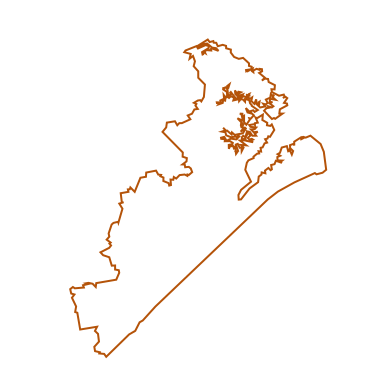 the district of Kaipara District, Northland, New Zealand, rotated 260°
{"feature_id": "76426892B63494088345666", "entity_name": "Kaipara District", "entity_type": "district", "adm_level": 2, "iso_a3": "NZL", "parent_name": "New Zealand", "parent_adm1": "Northland", "projection": "equal_earth", "projection_center": [174.219, -35.995], "detail": "fine", "context": "isolated", "style": "outline", "palette": "amber", "viewbox_px": 384, "rotation_deg": 260, "n_neighbors": 0, "source": "geoboundaries", "source_scale": "gbopen_adm2", "svg_char_len": 6101}
<svg xmlns="http://www.w3.org/2000/svg" viewBox="0 0 384 384"><g transform="rotate(260 192 192)"><path d="M44.6,78.9L62.7,105.4L65.1,112.0L72.8,117.8L74.0,121.2L85.5,136.0L171.5,265.3L177.5,276.7L183.7,294.6L189.3,316.3L187.8,317.7L188.3,323.9L190.6,328.0L208.7,328.8L216.9,327.0L226.9,318.4L225.8,313.4L227.0,311.1L226.7,309.2L225.7,309.3L226.6,310.7L226.0,311.9L225.0,308.7L226.8,308.6L223.8,301.4L220.1,300.8L221.8,300.3L221.1,296.6L218.1,296.3L214.8,298.7L211.5,296.8L216.9,295.4L215.6,294.6L215.4,293.8L220.7,293.4L220.2,288.1L215.3,285.4L214.4,282.9L212.4,285.2L211.6,282.1L208.3,281.7L207.3,286.3L206.4,284.5L205.1,285.6L208.2,280.0L205.1,278.1L204.8,274.6L200.5,274.6L199.8,273.2L202.4,271.4L200.4,267.6L197.7,267.5L199.2,264.0L197.1,263.4L195.6,260.4L190.2,258.8L185.5,249.3L176.2,239.0L176.4,236.7L181.0,237.2L185.6,240.7L191.9,251.9L204.6,248.3L211.3,251.1L213.4,253.1L214.7,258.6L216.1,258.7L218.4,262.7L218.3,264.8L220.6,264.6L219.8,267.1L223.6,267.2L223.7,269.3L227.3,271.9L227.6,274.5L231.3,273.2L231.5,275.6L233.6,276.8L232.8,278.4L238.8,283.8L244.7,282.3L243.5,280.6L244.7,277.4L247.1,278.1L250.7,273.8L255.9,275.2L253.4,268.9L254.4,267.5L248.9,268.8L248.8,265.9L247.0,265.6L248.0,264.9L248.0,260.0L246.0,260.9L244.4,266.4L243.0,264.6L243.4,260.9L240.1,263.2L240.0,267.2L238.4,264.0L236.3,265.0L236.9,261.3L241.1,259.4L242.0,257.2L237.5,259.3L235.5,256.3L233.7,257.6L234.0,260.1L233.0,261.2L232.4,258.5L230.4,260.8L233.1,254.1L235.8,253.7L239.3,256.6L241.0,256.2L236.6,254.0L238.5,252.2L237.3,250.6L235.1,250.2L235.2,252.2L233.8,252.1L234.3,248.2L228.5,253.6L229.8,248.4L226.8,250.5L223.5,248.0L227.3,248.5L227.3,246.7L231.5,245.4L231.1,243.4L224.5,244.5L224.0,242.6L223.4,243.5L221.9,242.0L229.2,242.2L228.0,240.8L230.3,240.4L230.3,237.2L228.1,235.8L232.0,236.4L232.1,240.0L233.3,240.7L235.5,238.2L236.3,233.1L238.2,233.8L239.0,231.0L239.7,231.8L239.7,230.0L240.4,230.0L240.7,233.3L236.4,235.0L237.8,239.6L236.1,244.7L238.6,248.3L239.5,247.4L237.9,245.7L239.0,244.8L239.2,239.8L241.9,235.5L245.0,235.3L246.3,231.9L246.9,235.7L249.9,233.8L246.7,236.0L245.9,234.0L246.4,237.2L241.8,241.0L243.7,241.7L240.8,244.0L241.0,252.3L245.8,256.6L243.0,250.4L246.4,254.4L247.2,251.9L249.2,251.7L250.4,252.1L248.4,253.4L249.6,254.4L256.7,249.6L253.3,254.6L259.8,254.2L260.9,252.7L260.3,255.2L257.0,254.7L257.9,256.5L251.9,255.4L248.8,257.2L253.2,261.5L254.7,261.2L254.1,262.7L256.8,266.2L261.0,263.1L259.3,263.4L260.7,260.5L265.3,259.6L261.3,262.4L261.8,266.5L260.0,267.6L261.3,271.0L266.5,265.8L267.2,265.9L269.3,264.6L271.9,264.4L272.8,263.8L274.3,260.4L271.7,259.9L274.4,258.1L274.9,255.8L273.4,254.2L275.3,254.4L275.0,248.6L277.5,249.9L279.6,246.9L278.2,244.8L279.5,243.8L278.9,241.3L276.2,240.5L277.1,238.6L274.4,237.7L273.7,233.4L275.1,234.9L275.3,232.0L276.0,232.0L275.1,236.1L277.2,235.8L278.3,239.8L282.0,240.1L279.7,241.2L280.5,243.3L284.5,243.8L287.6,240.5L289.7,241.0L288.0,241.3L289.3,243.0L288.4,244.7L290.2,245.0L291.6,247.6L288.1,245.8L287.8,243.3L287.6,244.8L280.6,244.3L281.2,247.0L283.1,246.8L283.7,247.6L276.2,251.6L276.9,254.5L281.0,251.7L284.6,251.9L281.0,253.6L282.7,255.1L281.7,257.5L280.7,254.7L276.5,255.7L278.9,256.4L279.3,259.1L276.4,256.7L277.3,259.7L275.5,262.3L278.1,262.9L277.7,264.0L278.5,264.9L278.6,265.4L277.4,264.4L276.9,266.2L276.8,263.8L275.3,263.5L273.8,265.6L274.7,267.6L271.3,266.2L268.0,268.7L272.1,271.3L267.8,271.0L267.5,272.9L268.8,273.3L269.2,274.2L266.3,273.2L267.2,270.9L263.4,273.8L263.6,278.9L266.5,277.5L265.5,279.6L266.5,282.0L270.2,280.8L271.3,285.4L274.9,286.7L272.8,288.1L273.4,289.8L271.5,287.8L268.3,290.3L270.2,285.1L267.0,284.1L266.6,286.9L266.0,283.7L262.3,287.0L261.4,285.3L263.2,281.8L261.6,282.5L261.6,279.8L259.5,277.1L250.0,283.4L250.6,285.6L249.6,286.6L253.5,294.8L254.1,291.6L258.2,292.9L260.8,300.9L262.6,300.9L263.8,298.1L267.9,302.1L269.5,300.6L268.9,297.8L269.7,299.8L272.0,299.3L271.7,294.4L276.6,288.0L279.4,288.1L278.7,291.1L282.8,292.2L287.0,286.6L290.1,286.5L291.0,283.4L289.6,280.2L291.9,283.6L297.6,278.8L298.7,282.0L300.8,282.2L301.5,280.0L300.5,279.8L302.1,277.0L300.9,273.3L299.4,273.2L300.7,272.0L303.0,273.2L301.4,268.0L301.9,267.7L300.4,268.3L302.0,267.5L301.5,266.4L302.7,266.4L302.6,271.9L305.0,272.5L306.3,270.0L308.8,270.5L315.2,265.6L315.0,261.2L317.7,256.9L322.6,254.4L325.5,255.0L327.6,250.6L330.0,250.9L331.6,247.8L331.1,242.7L334.7,241.8L335.3,239.3L336.9,239.2L336.6,235.4L339.4,234.0L334.7,222.4L333.6,222.6L335.6,228.1L335.6,232.7L330.7,236.9L329.5,240.6L327.1,242.2L326.8,241.9L330.1,236.2L329.0,234.6L328.3,235.5L328.0,235.5L329.2,231.0L328.2,228.8L326.5,229.2L327.9,227.7L325.8,227.0L325.6,226.3L328.0,226.2L330.7,233.1L332.6,234.2L334.3,230.9L332.3,222.8L334.9,221.8L332.5,210.2L331.0,208.7L328.2,214.7L323.7,212.8L325.8,216.6L320.2,217.6L315.6,215.5L309.8,219.1L303.4,218.0L295.6,223.4L283.5,220.2L279.6,216.9L281.0,216.1L281.1,213.7L279.5,209.4L277.9,211.6L276.5,210.4L272.8,212.1L272.9,208.7L269.1,205.6L268.1,201.1L263.9,203.0L261.6,194.0L262.0,191.4L260.3,189.1L264.6,187.5L264.7,179.3L260.1,177.8L256.3,173.4L232.5,189.8L228.4,188.9L226.3,192.8L223.1,191.9L220.8,187.4L220.3,189.6L217.6,189.6L217.3,193.2L215.4,194.9L211.5,195.6L209.3,191.8L210.0,190.6L208.7,190.2L210.5,187.8L210.8,182.7L208.0,178.8L209.9,176.7L207.3,175.7L208.0,173.0L202.5,172.5L202.3,170.7L204.8,170.5L207.8,165.7L211.2,166.4L213.0,163.6L214.2,164.5L215.0,161.8L219.3,160.3L219.1,150.3L215.0,149.3L215.0,143.7L202.1,135.6L207.2,132.1L205.5,131.2L205.7,129.3L203.2,129.4L203.2,121.6L193.8,121.1L193.8,122.9L193.2,118.4L187.6,120.6L174.6,114.2L175.5,114.1L175.2,109.3L173.9,107.2L165.6,102.7L162.4,102.8L159.9,99.7L156.3,103.1L155.5,101.7L153.4,103.0L151.4,100.8L148.5,91.4L145.2,93.5L142.1,99.2L133.4,100.2L133.0,103.5L129.0,102.8L127.7,106.3L125.1,106.3L118.8,102.2L118.9,81.9L115.2,80.7L118.9,78.2L120.5,74.3L120.5,71.8L119.4,73.5L119.1,68.5L116.7,68.9L117.5,59.9L119.1,58.2L117.5,55.2L113.0,55.4L111.5,58.4L108.7,55.4L99.4,58.0L94.1,56.1L93.0,58.1L76.0,58.0L75.8,75.1L72.0,72.3L68.6,74.8L60.8,74.4L56.5,68.9L52.1,68.9L50.2,73.4L49.1,72.7L47.8,77.4L44.6,78.9Z" fill="none" stroke="#b45309" stroke-width="2"/></g></svg>